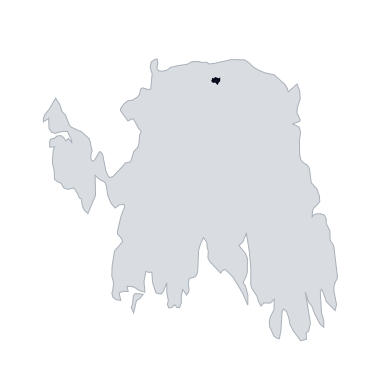 Tallaght South Lea-5, South Dublin, Ireland (highlighted), rotated 276°
{"feature_id": "5873133B83061459918127", "entity_name": "Tallaght South Lea-5", "entity_type": "district", "adm_level": 2, "iso_a3": "IRL", "parent_name": "Ireland", "parent_adm1": "South Dublin", "projection": "natural_earth1", "projection_center": [-6.402, 53.257], "detail": "fine", "context": "in_parent", "style": "filled", "palette": "ink", "viewbox_px": 384, "rotation_deg": 276, "n_neighbors": 0, "source": "geoboundaries", "source_scale": "gbopen_adm2", "svg_char_len": 4732}
<svg xmlns="http://www.w3.org/2000/svg" viewBox="0 0 384 384"><g transform="rotate(276 192 192)"><path d="M255.2,58.2L245.5,63.2L243.9,65.2L241.1,73.0L240.8,75.2L234.6,83.8L231.2,85.6L226.0,87.0L223.1,88.4L219.4,87.7L214.7,87.8L212.4,89.4L212.5,90.5L213.8,91.9L222.5,95.9L221.9,97.6L219.5,99.4L204.0,104.1L199.3,106.9L197.7,108.8L199.3,111.9L211.6,121.3L213.7,122.3L215.5,127.7L226.4,130.0L230.9,133.4L234.7,134.2L243.1,133.9L246.4,135.2L248.3,134.2L249.5,132.4L258.9,125.8L256.0,120.8L265.5,112.4L268.1,112.5L272.5,115.1L276.1,118.7L277.3,123.5L280.7,127.8L282.9,129.3L289.0,130.2L290.4,131.9L289.3,138.1L290.2,140.2L305.5,140.0L311.6,137.3L317.0,137.8L319.6,140.6L320.7,143.5L316.2,144.6L311.4,144.0L309.1,145.9L308.9,149.5L310.5,154.3L313.7,157.6L316.3,165.1L318.4,173.5L321.7,178.6L322.4,184.8L321.9,187.9L322.5,193.5L321.1,195.4L322.2,200.6L327.8,217.4L328.9,230.6L326.2,235.5L322.5,240.2L320.1,245.7L318.2,251.7L317.1,261.4L309.1,272.7L305.7,275.5L301.7,277.3L310.4,285.2L303.3,288.7L295.6,289.9L287.0,287.9L281.7,288.1L274.9,292.2L273.3,291.5L270.2,285.0L267.8,291.7L262.8,293.8L254.4,293.4L240.3,295.2L234.8,297.1L232.6,300.1L230.9,303.6L228.7,305.6L226.2,306.7L215.2,309.2L213.1,310.3L208.0,315.9L201.3,319.1L195.8,320.1L191.0,316.8L189.0,314.9L186.8,313.9L179.3,314.0L181.6,315.0L183.1,317.3L183.8,321.7L182.9,326.1L179.2,328.3L174.8,328.7L167.8,333.2L158.6,334.4L153.6,338.5L123.0,345.5L121.3,345.6L117.1,343.8L112.6,343.0L108.0,343.6L95.2,347.5L89.0,346.7L97.1,337.0L107.7,332.1L108.8,330.8L105.4,330.1L85.2,333.5L78.2,336.4L71.2,337.2L74.5,332.8L83.6,326.8L91.5,322.8L94.9,319.2L104.4,315.2L73.7,323.5L65.7,322.5L63.9,320.2L57.6,321.3L55.4,315.6L64.8,307.1L70.2,303.4L76.7,301.5L82.9,298.6L85.2,295.2L82.3,294.1L63.9,294.9L55.1,294.2L55.6,291.5L57.3,288.4L66.5,283.2L71.5,282.4L75.9,282.9L83.6,285.9L94.0,284.9L89.8,281.6L89.1,274.9L85.8,272.6L90.1,269.5L95.0,267.6L103.2,261.1L106.1,260.1L122.1,258.5L139.4,255.1L156.5,250.4L147.8,247.8L143.6,244.3L136.8,251.3L131.9,254.0L118.2,255.4L113.9,254.7L107.8,252.5L105.9,253.3L104.1,255.0L95.0,258.4L85.4,259.3L96.6,253.0L110.8,242.3L114.0,238.9L118.5,233.1L117.2,230.5L114.3,229.0L124.7,216.9L128.3,214.7L134.8,214.4L139.6,212.5L141.7,212.5L143.6,211.8L147.8,208.2L141.4,205.9L134.8,204.7L114.1,205.9L111.4,205.7L108.9,204.6L107.3,203.0L106.1,198.9L104.6,198.0L99.9,198.0L95.3,199.2L92.1,199.1L89.0,197.3L94.1,193.1L87.7,192.2L81.1,193.0L75.7,191.7L75.6,189.1L78.1,186.5L74.9,184.0L74.3,180.9L77.8,179.3L81.5,179.8L89.2,177.5L99.1,176.4L90.7,174.1L87.4,172.2L87.3,169.2L88.0,166.6L97.8,162.3L108.2,160.4L107.5,157.5L108.2,154.4L97.8,153.6L87.4,155.7L88.6,149.8L91.2,144.5L91.7,141.0L91.3,137.3L86.4,138.9L86.0,133.6L84.0,130.0L76.7,132.5L77.0,127.7L79.1,124.3L82.9,122.9L86.6,123.5L93.5,123.5L100.2,121.0L109.8,120.3L125.1,121.1L135.5,128.2L138.2,126.9L142.5,122.4L144.5,121.9L160.3,123.9L170.1,126.5L172.7,125.7L171.4,120.7L168.0,117.3L172.3,112.8L177.5,109.7L181.0,108.2L189.0,106.3L192.5,104.5L194.8,98.7L198.5,93.9L178.6,96.4L159.6,90.7L162.7,86.7L166.7,84.4L173.7,82.6L174.3,80.5L177.9,78.8L183.7,74.2L181.6,68.2L182.8,63.8L187.0,61.0L188.3,56.9L190.2,53.9L198.7,52.8L206.8,50.0L219.3,49.6L222.5,50.7L221.8,45.8L227.7,45.1L230.0,46.1L231.0,49.6L233.6,51.9L234.4,55.8L232.6,58.8L229.6,61.1L232.3,63.5L228.1,67.7L232.7,65.9L239.2,61.7L238.9,58.3L237.8,54.0L236.0,50.1L236.9,45.8L240.5,43.1L250.2,41.8L246.3,36.9L249.8,36.5L253.6,37.5L259.2,41.3L271.1,46.6L265.2,51.3L258.1,54.6L255.2,58.2ZM85.3,151.8L85.0,154.1L80.5,151.2L78.3,148.1L65.7,146.6L71.0,143.5L73.6,144.5L82.5,144.6L85.0,145.9L85.3,151.8Z" fill="#d9dde1" stroke="#a8b0b8" stroke-width="1"/><path d="M305.0,200.3L304.4,200.6L303.9,201.2L303.7,201.3L303.6,201.8L303.6,202.1L303.7,202.3L303.9,202.3L304.0,202.5L304.0,202.8L303.9,203.0L303.9,203.3L303.9,203.5L304.0,203.6L303.9,203.8L303.9,204.0L303.7,204.4L303.6,204.5L303.5,204.8L303.4,205.0L303.0,205.2L303.0,205.3L302.3,205.9L302.5,206.0L302.9,206.2L303.0,206.2L303.1,206.3L303.3,206.3L303.3,206.2L303.7,206.2L303.9,206.3L304.2,206.3L304.4,206.2L304.5,206.5L304.8,206.9L304.7,207.0L304.8,207.1L304.9,207.3L305.0,207.4L305.3,207.4L305.5,207.7L305.6,207.8L305.5,208.0L305.6,207.9L305.8,207.8L306.0,207.7L306.3,207.6L306.8,207.6L307.2,207.4L307.3,207.4L307.1,207.2L307.2,206.7L307.2,206.4L307.0,205.8L307.4,205.6L307.3,205.2L307.2,205.1L307.4,205.0L307.5,204.9L307.6,204.7L307.5,204.4L307.6,204.2L307.3,204.0L307.4,203.9L307.2,203.8L307.2,203.7L307.2,203.4L307.3,203.3L307.6,203.2L307.4,203.0L307.4,202.8L307.3,202.6L307.0,202.6L306.8,202.5L306.7,202.4L306.6,202.2L306.4,202.2L306.0,201.9L306.3,201.8L306.4,201.7L306.5,201.4L306.4,201.1L306.5,200.9L305.9,201.0L305.7,201.1L305.4,200.6L305.0,200.3Z" fill="#0f172a" stroke="#020617" stroke-width="1.5"/></g></svg>